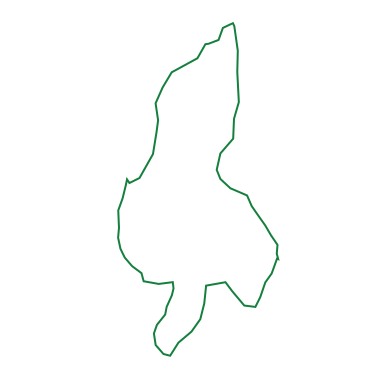 Foinikas, Paphos, Cyprus (Equal Earth projection), rotated 165°
{"feature_id": "46923920B81227312905849", "entity_name": "Foinikas", "entity_type": "district", "adm_level": 2, "iso_a3": "CYP", "parent_name": "Cyprus", "parent_adm1": "Paphos", "projection": "equal_earth", "projection_center": [32.569, 34.745], "detail": "fine", "context": "isolated", "style": "outline", "palette": "green", "viewbox_px": 384, "rotation_deg": 165, "n_neighbors": 0, "source": "geoboundaries", "source_scale": "gbopen_adm2", "svg_char_len": 974}
<svg xmlns="http://www.w3.org/2000/svg" viewBox="0 0 384 384"><g transform="rotate(165 192 192)"><path d="M140.8,331.3L152.1,319.8L180.6,312.9L193.3,300.6L204.2,287.1L206.2,270.0L210.9,258.7L219.9,238.7L239.1,219.1L250.1,216.9L251.5,221.0L254.1,215.8L260.7,203.8L268.0,193.3L271.8,176.3L275.2,167.0L275.8,155.8L275.1,152.0L273.9,146.0L269.0,135.8L261.8,126.7L261.8,118.3L247.9,111.8L233.9,109.9L234.8,103.6L238.2,97.4L246.2,87.6L249.6,80.6L260.3,72.7L265.4,65.2L266.7,53.6L261.5,42.9L255.5,39.5L244.1,50.0L228.6,57.3L216.9,67.0L209.0,81.2L202.6,97.9L183.0,96.2L178.8,85.7L170.9,68.8L160.5,64.6L153.2,72.9L144.6,85.7L136.1,92.7L127.2,105.5L126.1,104.8L126.1,110.4L123.1,118.8L126.9,129.7L129.9,140.7L135.2,155.1L138.0,163.0L139.7,174.4L153.9,185.6L161.2,197.2L162.4,207.0L154.6,221.9L138.4,232.9L132.5,251.8L123.5,266.7L117.2,296.2L111.2,316.6L108.2,341.3L108.8,344.5L119.7,342.5L127.0,332.0L137.7,330.9L140.8,331.3Z" fill="none" stroke="#15803d" stroke-width="2"/></g></svg>